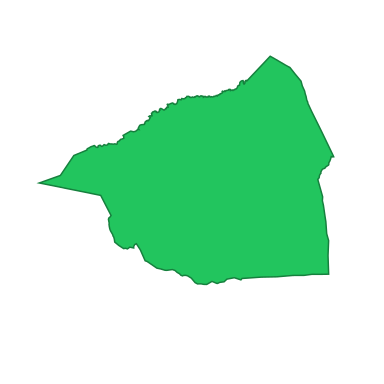 Santiago Xiacuí, Oaxaca, Mexico, rotated 346°
{"feature_id": "50627088B71716696666560", "entity_name": "Santiago Xiacuí", "entity_type": "district", "adm_level": 2, "iso_a3": "MEX", "parent_name": "Mexico", "parent_adm1": "Oaxaca", "projection": "orthographic", "projection_center": [-96.402, 17.272], "detail": "fine", "context": "isolated", "style": "filled", "palette": "green", "viewbox_px": 384, "rotation_deg": 346, "n_neighbors": 0, "source": "geoboundaries", "source_scale": "gbopen_adm2", "svg_char_len": 5778}
<svg xmlns="http://www.w3.org/2000/svg" viewBox="0 0 384 384"><g transform="rotate(346 192 192)"><path d="M338.0,192.1L337.5,189.4L332.4,164.8L327.5,142.4L326.2,135.6L325.9,134.5L326.0,132.5L325.6,130.7L325.8,126.8L325.6,124.1L325.7,121.3L324.7,115.8L324.6,110.8L320.3,101.9L317.2,95.0L313.2,91.3L303.5,81.8L300.7,79.2L272.1,97.5L272.0,97.1L271.9,96.9L271.6,96.8L271.0,96.9L270.6,97.2L270.3,97.5L270.0,98.3L269.4,99.5L268.6,99.9L268.4,99.6L268.2,98.9L268.4,97.8L268.7,97.1L268.4,96.2L267.1,96.2L266.5,96.3L265.0,97.2L263.9,100.0L263.1,99.8L261.9,100.3L261.4,101.4L260.3,102.4L259.7,102.7L258.8,102.5L258.2,103.1L256.5,103.0L256.3,103.4L256.0,103.3L255.8,102.8L255.1,102.8L254.1,102.9L254.3,102.5L254.1,101.9L253.7,102.0L253.4,101.7L253.0,101.4L252.7,101.7L252.4,101.6L252.3,102.0L251.7,102.0L251.2,101.9L250.9,101.9L250.5,101.9L250.1,101.9L249.7,101.8L249.1,102.2L248.9,102.1L248.7,102.3L248.5,102.0L248.1,101.8L247.7,102.2L247.2,102.4L246.6,102.0L246.0,101.5L245.6,101.7L245.5,102.0L245.6,102.5L245.2,103.2L244.7,103.5L244.3,103.4L243.5,103.5L243.1,103.5L242.8,104.0L242.5,103.9L242.2,104.1L241.8,104.1L241.5,104.2L241.2,104.3L241.0,104.2L240.8,104.4L240.5,104.3L240.1,104.6L239.8,104.9L239.4,104.5L238.9,104.2L238.5,104.6L237.8,104.6L236.9,104.8L236.6,104.4L236.1,104.5L235.7,104.8L235.3,104.8L234.5,104.6L234.2,104.3L233.8,104.2L233.2,104.4L232.7,104.1L232.4,103.8L232.3,103.3L231.6,103.1L231.5,103.4L231.0,103.2L230.9,103.5L230.6,103.7L230.3,103.5L229.9,103.6L229.7,103.5L229.4,103.3L229.0,103.3L228.7,103.4L228.4,103.1L228.2,102.6L227.7,102.7L227.4,102.6L227.1,102.7L226.9,102.6L226.8,102.3L226.5,102.5L226.1,102.7L226.2,102.2L225.9,102.2L225.9,101.9L225.6,101.7L225.4,101.7L225.2,101.5L224.9,101.5L224.8,101.2L224.6,101.1L224.4,101.1L224.0,100.9L223.4,100.9L223.1,101.1L222.8,101.2L222.5,101.5L222.0,101.4L221.7,101.1L221.3,100.6L220.9,100.2L220.5,100.0L220.1,100.2L219.6,99.9L219.0,100.2L218.4,100.2L217.9,100.7L217.5,100.4L217.3,100.7L216.8,100.7L216.1,100.4L215.8,100.0L215.1,99.9L214.6,100.1L213.6,100.0L213.4,99.6L212.6,99.5L212.4,98.8L211.9,98.4L211.2,98.2L210.4,98.1L210.2,98.0L209.4,98.9L208.5,98.9L207.9,99.5L206.6,99.7L206.2,99.4L205.7,99.3L204.7,98.8L203.7,99.9L202.1,99.1L200.7,99.0L200.0,100.5L199.3,101.6L198.4,102.7L197.8,102.6L197.0,103.0L195.7,102.5L195.8,101.8L195.1,101.3L194.6,100.9L193.9,100.9L193.2,101.1L192.9,101.0L190.6,101.5L189.8,100.9L189.2,101.0L189.1,101.3L189.4,101.9L189.4,102.7L189.4,103.6L189.3,104.0L188.3,103.6L187.8,103.8L187.4,104.7L187.1,104.6L186.9,104.9L186.5,104.8L186.1,105.0L185.8,105.4L185.6,105.5L185.4,105.5L185.1,105.7L184.8,105.7L184.4,105.6L184.1,105.3L183.9,105.1L183.5,104.6L182.4,103.7L182.1,103.6L182.0,103.4L181.5,103.4L181.3,103.4L181.1,103.6L180.9,104.1L180.6,104.1L180.6,104.6L180.4,104.5L180.1,105.0L180.0,105.3L179.8,105.5L179.6,105.8L179.3,106.2L179.0,106.4L178.7,106.4L178.3,106.4L177.8,106.3L177.6,106.4L177.4,106.1L177.2,105.8L177.0,105.5L176.8,105.3L176.6,105.2L176.4,104.7L176.2,104.7L176.1,104.8L176.1,105.0L175.9,104.7L175.5,104.7L175.4,104.5L175.0,104.6L174.6,104.7L174.2,104.7L173.8,104.9L173.7,104.8L173.3,104.8L173.1,105.0L172.6,105.2L172.5,105.6L172.1,106.0L171.7,106.0L171.7,106.6L171.6,107.6L171.7,108.0L171.4,108.5L170.7,108.1L170.4,108.2L169.4,107.9L168.4,108.3L169.5,109.7L168.2,111.1L168.0,111.5L167.5,111.7L166.6,112.3L166.0,111.7L164.9,112.0L164.9,112.3L164.1,112.4L163.3,112.9L163.0,113.9L162.6,114.0L162.2,114.9L161.2,114.8L159.6,114.5L158.2,114.5L157.4,114.7L156.1,116.1L155.2,117.2L155.6,118.5L154.7,118.1L152.7,119.1L151.7,119.5L150.5,119.4L149.6,119.4L149.2,119.1L147.3,118.1L146.4,118.3L145.0,118.7L138.8,120.4L138.8,120.5L138.9,121.0L139.0,121.2L139.2,121.5L139.1,122.1L138.9,122.7L138.9,123.0L138.9,123.3L138.6,123.4L138.2,123.5L137.7,123.6L137.3,123.6L136.9,123.7L136.3,123.7L135.8,123.6L135.0,123.9L134.7,124.3L133.4,125.0L132.6,125.0L131.9,125.4L131.5,126.0L131.3,126.5L131.2,126.8L130.9,127.3L130.3,127.4L128.8,126.6L128.7,126.6L127.4,126.6L125.8,126.0L124.0,125.5L123.6,125.2L122.9,124.7L122.5,124.8L122.4,124.8L121.9,125.6L120.8,125.9L119.8,125.8L118.3,124.9L118.2,124.8L117.7,125.0L116.8,125.6L116.6,125.7L116.1,125.9L115.7,126.0L115.2,125.8L114.9,125.3L114.6,124.8L114.6,124.7L114.2,124.4L113.5,124.3L113.4,124.3L112.7,124.4L112.2,124.6L111.9,124.8L111.9,125.2L111.7,125.7L111.4,125.8L111.1,125.9L110.3,125.6L110.0,125.3L109.8,125.2L109.2,124.5L109.1,124.3L108.9,123.8L108.8,123.5L108.5,123.3L107.9,123.3L107.0,123.5L106.5,123.5L105.1,123.6L104.8,123.7L104.5,123.7L103.1,124.2L101.6,124.5L100.6,124.9L100.2,125.6L100.1,125.9L86.2,128.0L68.3,144.1L46.0,146.3L102.6,173.2L107.8,195.2L106.2,196.6L105.0,197.1L104.3,198.3L104.1,202.3L103.7,203.1L103.4,205.6L103.3,207.7L103.4,209.1L103.6,210.2L104.7,214.0L104.8,215.9L105.2,216.8L105.2,219.2L104.9,221.9L108.0,226.1L112.0,230.4L113.8,230.5L115.6,231.6L118.3,230.5L121.9,232.2L122.2,230.8L123.6,229.2L125.5,228.7L127.8,235.4L127.9,235.8L129.9,247.4L131.7,248.6L139.5,257.4L143.0,259.1L146.9,261.4L148.5,261.9L154.2,262.5L156.6,264.1L158.1,266.4L160.1,268.3L161.1,270.1L162.5,271.1L163.8,270.9L165.9,271.4L167.5,272.3L170.5,275.4L173.1,280.7L175.1,282.5L178.6,283.3L180.9,284.4L183.7,285.2L184.5,285.1L189.7,283.6L190.8,284.3L193.8,286.6L194.7,286.9L197.0,286.4L201.4,286.9L204.8,285.0L212.3,285.4L218.2,289.1L219.6,288.0L238.4,291.3L253.8,294.8L269.9,297.4L280.6,300.0L288.6,300.9L295.2,302.6L304.7,304.8L308.6,286.6L312.8,272.2L312.6,265.0L314.7,253.1L315.1,248.5L316.3,236.7L316.4,232.0L317.6,228.3L317.1,211.0L317.1,210.1L318.1,209.6L319.0,208.6L319.5,207.2L320.3,206.0L321.7,204.9L321.8,203.8L323.8,201.6L324.6,201.3L326.6,201.1L327.9,200.0L330.1,199.2L331.0,198.9L331.5,198.1L331.8,196.7L332.9,195.7L334.2,193.9L335.7,191.3L336.1,191.7L337.1,192.0L338.0,192.1Z" fill="#22c55e" stroke="#15803d" stroke-width="1.5"/></g></svg>